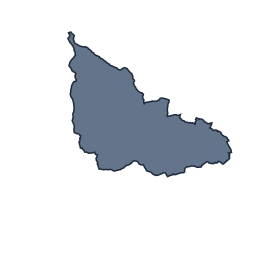 the district of Nereju, Vrancea, Romania, rotated 33°
{"feature_id": "2599482B74656559226175", "entity_name": "Nereju", "entity_type": "district", "adm_level": 2, "iso_a3": "ROU", "parent_name": "Romania", "parent_adm1": "Vrancea", "projection": "equal_earth", "projection_center": [26.622, 45.68], "detail": "fine", "context": "isolated", "style": "filled", "palette": "slate", "viewbox_px": 256, "rotation_deg": 33, "n_neighbors": 0, "source": "geoboundaries", "source_scale": "gbopen_adm2", "svg_char_len": 5719}
<svg xmlns="http://www.w3.org/2000/svg" viewBox="0 0 256 256"><g transform="rotate(33 128 128)"><path d="M139.9,171.7L141.9,169.5L142.6,168.9L142.6,168.6L143.2,168.2L143.5,167.6L144.0,167.1L144.5,166.9L145.0,165.1L146.1,163.9L146.5,162.0L147.2,160.1L148.9,158.3L149.3,157.6L149.3,156.7L149.9,156.2L150.2,154.0L150.5,152.7L151.9,151.7L154.2,151.0L154.9,151.0L156.9,152.2L157.6,151.9L159.0,151.9L160.6,150.6L162.5,151.3L163.2,152.0L165.3,152.7L166.7,153.8L169.2,153.2L170.9,152.5L173.6,153.1L174.6,153.1L177.0,152.7L178.3,151.7L179.2,150.8L182.4,146.0L182.7,145.8L183.7,145.5L184.5,145.5L186.2,146.7L187.7,147.2L189.6,144.2L190.5,143.5L191.0,142.7L191.2,142.0L191.5,142.0L191.4,141.7L192.4,141.7L193.4,141.1L194.6,139.4L195.3,138.7L195.4,138.3L196.1,137.7L196.1,137.1L198.1,135.9L199.1,135.0L199.4,133.9L198.3,132.5L197.9,130.6L198.0,129.4L198.4,128.5L198.9,128.4L200.4,127.1L201.7,125.3L202.5,125.0L203.0,124.5L205.1,123.7L207.1,123.4L209.0,122.3L209.4,121.8L210.6,120.9L210.6,120.2L210.2,119.3L210.5,119.0L210.5,118.4L210.9,117.9L211.0,117.3L211.2,116.7L211.2,116.2L211.9,115.1L212.4,113.7L213.0,112.9L213.7,112.9L214.9,113.3L215.7,112.8L216.5,112.7L218.4,111.8L219.2,111.2L219.4,110.1L219.8,110.1L219.9,109.7L220.5,109.6L220.9,109.4L220.9,109.1L221.9,108.6L222.0,108.3L221.8,107.7L221.7,107.1L222.3,106.9L222.5,106.5L224.8,106.3L226.6,106.7L227.6,106.3L227.7,105.6L228.3,104.0L228.2,103.5L228.5,102.9L228.4,102.4L228.9,102.0L229.1,100.4L229.6,99.6L229.5,98.5L229.8,98.1L229.2,97.7L229.1,97.4L228.6,96.8L228.2,95.5L228.1,95.4L227.8,96.0L227.7,95.7L227.3,95.3L227.3,94.5L226.0,94.2L227.5,93.0L228.0,91.9L227.4,91.7L226.5,90.4L225.7,89.9L223.0,88.5L222.9,88.6L222.6,88.4L219.4,86.5L218.4,85.7L218.8,85.3L218.9,84.8L219.6,83.9L218.9,83.4L217.5,83.0L217.1,82.6L216.3,82.3L215.0,82.1L213.9,82.3L213.1,82.7L210.5,82.5L209.7,82.0L209.2,81.9L208.4,81.3L207.1,81.0L204.9,81.5L205.3,81.9L205.2,82.2L204.2,81.9L204.2,81.6L202.9,81.7L201.6,82.8L201.3,83.4L200.7,83.6L199.6,83.2L198.5,83.0L196.6,83.3L196.8,82.7L196.4,81.8L196.2,79.9L195.7,78.6L195.7,78.0L195.6,77.9L195.1,78.6L194.9,78.8L194.8,79.1L194.5,79.0L194.1,80.0L193.8,80.2L193.3,80.2L192.8,80.8L191.6,80.8L190.4,81.1L189.9,80.8L188.7,81.1L188.1,80.9L187.5,80.4L185.1,80.4L183.2,81.3L182.9,81.9L182.5,81.5L181.8,81.9L179.8,82.3L180.0,83.9L180.4,83.9L181.2,84.3L181.1,86.2L181.6,86.9L181.4,87.0L181.5,87.4L181.9,87.3L182.2,88.3L180.3,88.3L179.6,88.7L179.2,88.5L178.2,89.5L177.0,89.7L176.1,90.5L175.2,90.7L174.6,91.2L174.1,91.2L172.4,91.8L171.0,91.4L169.6,92.0L168.8,92.0L168.0,91.5L165.5,91.2L165.3,90.0L165.0,89.6L164.6,88.2L163.6,89.8L162.1,90.5L161.5,90.5L161.1,90.9L160.2,91.2L159.6,91.6L158.2,93.5L157.6,93.8L156.9,94.9L155.9,95.5L154.7,96.9L153.7,95.5L153.7,94.6L153.3,94.2L153.1,93.6L151.1,91.6L151.0,91.2L150.8,91.0L150.8,90.6L150.1,89.9L150.0,89.0L148.5,86.2L148.3,84.1L147.6,82.8L146.9,82.1L145.8,82.6L144.4,82.7L140.7,84.1L139.0,85.3L138.8,85.7L138.9,86.0L138.7,86.4L138.9,87.5L138.0,88.5L137.7,89.6L136.2,90.6L135.2,91.6L133.6,92.2L133.3,93.0L132.3,93.6L131.9,94.2L129.1,96.7L128.6,97.4L128.4,98.9L128.0,98.7L127.1,97.6L126.6,97.2L126.2,96.0L125.2,95.3L124.0,94.9L123.3,93.7L122.6,91.3L121.4,91.1L120.8,91.2L120.5,90.9L119.9,91.3L118.8,91.6L116.1,91.5L113.4,90.6L111.8,89.5L110.5,89.2L109.1,88.0L108.3,87.7L108.1,87.5L107.8,86.4L107.9,85.5L107.6,84.6L104.5,83.5L104.2,82.9L104.2,82.5L103.8,81.9L101.4,80.3L100.2,80.3L99.6,80.1L98.4,80.0L94.9,78.7L93.4,78.9L92.1,79.5L91.1,80.6L90.5,82.7L90.3,83.2L89.5,83.7L88.3,84.1L87.4,84.2L86.4,83.8L85.5,83.7L84.2,84.3L80.7,84.7L79.4,85.1L78.8,85.1L77.9,84.5L76.7,84.9L75.1,84.6L74.2,84.9L73.6,84.4L71.3,84.4L68.7,84.1L68.2,84.2L67.5,84.7L67.0,84.3L66.3,84.5L65.3,83.8L64.9,84.0L63.3,84.1L62.1,84.5L61.6,84.4L61.0,84.6L59.5,84.5L58.4,83.7L56.3,84.1L55.5,83.5L53.6,83.2L52.7,83.2L52.3,83.0L51.7,83.2L51.2,82.8L49.7,82.7L48.8,83.1L48.2,83.0L47.4,83.3L46.3,84.4L45.1,84.8L44.4,84.9L43.0,85.5L37.1,85.8L36.0,85.2L35.4,84.4L34.7,84.1L33.6,82.9L33.0,81.2L33.0,80.5L32.7,79.8L30.5,79.3L29.4,79.3L28.3,78.7L27.9,78.7L27.5,78.8L26.9,79.8L26.2,80.4L27.1,81.2L28.0,81.5L29.0,82.3L29.2,82.9L29.1,83.7L28.7,85.0L29.1,85.8L32.9,88.0L34.5,88.2L35.8,88.9L36.6,88.9L38.0,89.9L39.3,90.4L39.8,91.4L40.9,92.6L42.8,93.7L43.1,94.0L43.4,94.9L44.4,95.6L44.0,96.9L44.2,98.6L43.6,100.7L43.4,104.0L44.6,107.9L45.4,108.4L47.2,108.6L48.4,109.5L49.1,109.6L49.4,110.3L49.9,110.5L50.8,110.4L51.6,110.7L52.9,110.3L54.8,110.8L55.0,111.6L54.8,112.4L55.2,112.9L55.4,113.5L56.9,115.0L58.2,115.5L58.4,116.3L59.0,116.9L58.9,117.4L58.6,117.7L57.4,118.4L57.3,120.0L57.5,122.1L57.9,123.7L58.8,125.6L59.3,127.2L60.4,129.2L61.1,131.0L61.4,131.4L62.3,131.9L63.0,132.9L63.7,133.0L64.7,133.6L65.3,133.7L66.2,134.2L66.8,134.9L67.5,135.3L67.8,135.9L69.0,136.9L69.7,138.0L70.9,139.1L72.8,142.1L73.2,143.3L73.7,144.0L73.8,144.4L73.8,145.5L74.2,146.5L75.3,147.6L76.4,149.4L77.2,152.3L80.3,154.3L82.0,155.7L82.6,156.8L83.1,158.4L83.8,159.2L84.2,159.4L85.0,160.9L87.5,160.9L88.6,160.3L90.1,159.8L91.3,160.3L92.4,160.2L93.1,162.1L93.5,162.4L93.2,163.1L94.6,164.7L94.6,165.5L94.4,165.8L94.5,166.3L96.4,168.3L97.9,169.4L98.4,170.3L99.0,170.7L99.5,170.6L100.3,169.8L101.4,170.5L102.9,170.6L104.9,171.8L106.1,171.0L106.9,170.7L108.7,170.7L109.4,169.8L110.9,169.1L111.5,168.3L112.7,167.4L112.9,166.6L113.2,166.4L113.8,166.6L114.6,167.6L114.9,167.7L115.8,167.7L116.5,167.2L117.0,167.3L117.2,167.5L117.6,169.1L117.5,169.9L117.8,170.5L117.9,171.2L118.5,171.6L118.7,172.1L119.1,172.4L121.5,173.5L121.7,173.9L121.7,174.9L122.9,175.3L123.2,175.9L124.1,176.4L124.9,177.4L125.9,178.1L126.7,178.0L127.4,177.4L130.7,176.1L131.0,175.7L132.0,174.7L133.9,174.0L135.4,172.8L135.5,172.5L135.8,172.2L137.8,171.8L138.6,171.9L139.9,171.7Z" fill="#64748b" stroke="#1e293b" stroke-width="1.5"/></g></svg>